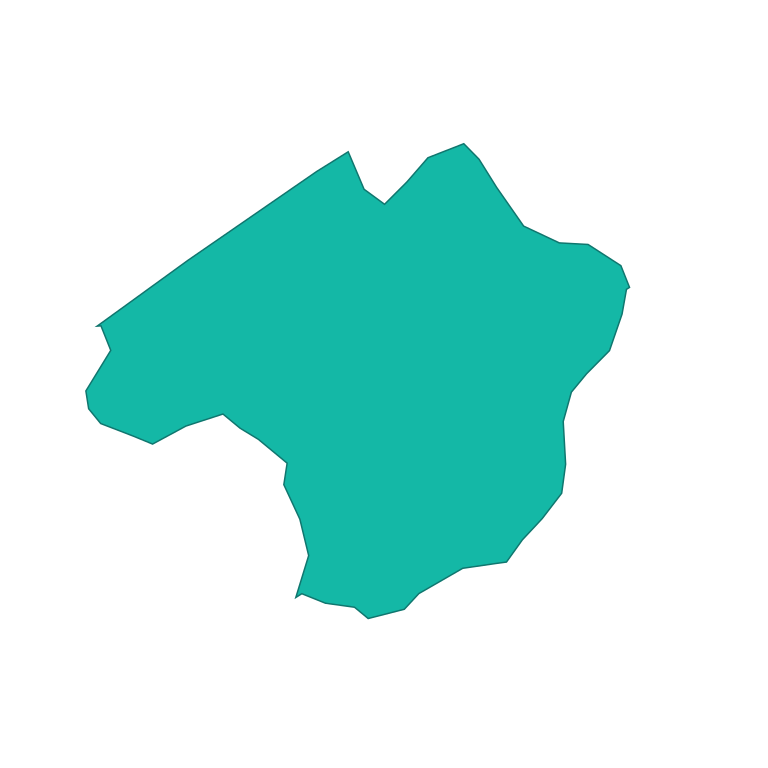 the district of Herrljunga, Västra Götaland, Sweden, rotated 328°
{"feature_id": "70781695B89566338626874", "entity_name": "Herrljunga", "entity_type": "district", "adm_level": 2, "iso_a3": "SWE", "parent_name": "Sweden", "parent_adm1": "Västra Götaland", "projection": "mercator", "projection_center": [13.142, 58.022], "detail": "fine", "context": "isolated", "style": "filled", "palette": "teal", "viewbox_px": 768, "rotation_deg": 328, "n_neighbors": 0, "source": "geoboundaries", "source_scale": "gbopen_adm2", "svg_char_len": 807}
<svg xmlns="http://www.w3.org/2000/svg" viewBox="0 0 768 768"><g transform="rotate(328 384 384)"><path d="M643.4,432.2L647.6,409.2L631.0,373.8L607.4,357.2L586.1,324.1L583.7,276.8L583.7,243.7L579.0,222.5L541.2,215.4L510.5,224.8L479.7,231.9L470.3,208.3L476.7,168.1L439.5,168.1L283.5,175.2L200.8,180.9L171.4,182.9L174.8,184.7L170.1,210.7L127.5,231.9L120.4,248.5L122.8,267.4L144.1,295.8L155.9,312.3L193.7,314.7L231.5,324.1L238.6,345.4L248.1,364.3L259.9,399.8L245.7,416.3L241.0,454.1L229.2,489.6L196.1,518.3L203.2,518.3L218.2,538.9L240.7,557.7L246.3,574.5L281.9,585.8L302.5,580.2L353.1,582.0L383.1,595.2L393.5,599.9L418.7,589.5L446.8,582.0L476.8,570.8L495.5,548.3L516.1,510.8L538.6,490.2L561.1,482.7L592.9,475.2L622.9,450.9L639.8,432.2L643.4,432.2Z" fill="#14b8a6" stroke="#0f766e" stroke-width="1.5"/></g></svg>